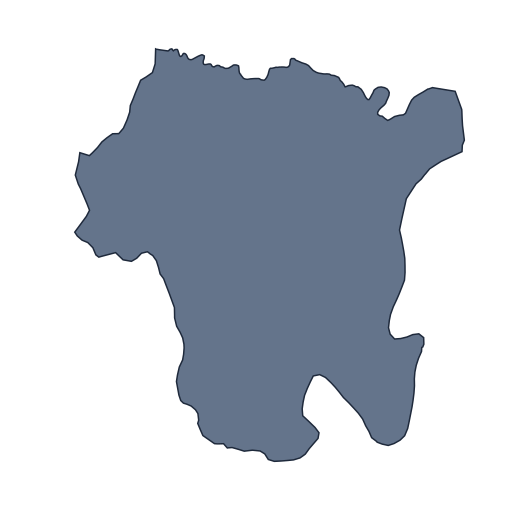 the district of Ash shaghadirah, Hajjah, Yemen, rotated 188°
{"feature_id": "15242507B87053046853902", "entity_name": "Ash shaghadirah", "entity_type": "district", "adm_level": 2, "iso_a3": "YEM", "parent_name": "Yemen", "parent_adm1": "Hajjah", "projection": "natural_earth1", "projection_center": [43.498, 15.607], "detail": "fine", "context": "isolated", "style": "filled", "palette": "slate", "viewbox_px": 512, "rotation_deg": 188, "n_neighbors": 0, "source": "geoboundaries", "source_scale": "gbopen_adm2", "svg_char_len": 4998}
<svg xmlns="http://www.w3.org/2000/svg" viewBox="0 0 512 512"><g transform="rotate(188 256 256)"><path d="M271.0,64.4L267.9,64.6L262.0,65.6L257.7,61.9L256.7,62.2L253.0,63.0L246.5,62.1L240.5,61.1L232.5,63.2L224.9,63.5L219.8,61.3L215.5,56.2L209.3,55.2L202.6,56.5L196.3,57.9L190.5,59.3L187.5,60.7L184.3,62.2L179.6,66.7L176.4,72.8L169.2,84.0L169.0,89.7L173.7,94.4L181.5,100.1L187.5,104.3L189.0,111.1L189.0,118.0L188.5,124.9L187.6,128.5L186.8,131.9L184.7,138.9L182.6,145.2L176.4,147.4L170.3,145.4L164.1,141.0L159.3,137.1L154.5,132.7L149.7,128.0L143.6,123.5L138.8,119.6L138.4,119.3L132.9,114.7L127.7,109.4L124.1,103.7L123.9,103.3L119.7,98.0L116.2,92.2L111.7,89.7L110.6,89.0L110.2,88.5L104.9,87.3L98.7,86.8L93.2,89.5L87.7,93.7L83.8,98.7L81.8,106.3L81.3,113.6L80.9,120.9L80.5,128.2L80.4,135.0L80.5,142.1L81.0,149.5L82.1,156.4L82.5,163.1L82.1,170.1L80.8,177.4L78.8,184.5L79.1,188.0L79.1,188.5L78.6,188.9L78.2,189.1L77.5,192.0L78.6,198.5L83.9,201.6L89.8,200.0L95.2,196.8L101.2,194.4L107.2,193.1L112.3,197.3L114.8,203.4L115.0,210.7L114.7,215.7L114.7,216.6L113.0,224.8L110.8,231.9L109.0,238.3L107.3,245.3L105.6,252.7L106.1,260.3L107.1,267.1L108.2,273.6L108.4,274.6L110.3,281.2L112.5,287.9L114.6,294.1L117.5,301.7L116.7,313.8L115.1,333.7L107.6,349.7L103.0,355.2L100.3,360.0L99.6,360.9L96.2,366.5L91.3,370.8L85.8,375.5L80.2,379.1L66.5,388.0L67.1,394.5L65.8,399.7L67.7,406.8L69.6,413.8L71.0,420.7L72.3,428.0L72.7,429.8L81.7,446.8L104.8,447.3L104.9,447.2L105.8,446.7L108.4,445.4L109.0,445.3L113.4,441.6L117.6,438.4L121.4,435.2L123.6,432.0L125.2,427.3L126.6,422.3L127.8,418.1L129.7,416.3L133.6,415.3L138.2,413.4L142.1,410.1L144.4,408.6L147.5,410.1L150.4,412.0L152.8,412.0L155.2,413.2L155.5,415.4L154.4,418.0L153.0,420.0L150.2,423.2L148.9,425.2L148.4,427.4L147.5,430.4L146.7,433.6L146.8,436.4L147.8,438.0L149.5,439.7L152.1,440.6L155.6,440.8L158.6,440.0L161.1,437.9L162.2,436.6L162.9,433.8L163.8,431.6L164.9,428.5L165.9,426.6L166.5,426.5L167.1,426.5L168.4,427.4L169.7,428.8L170.8,430.3L172.4,432.7L173.7,434.2L175.0,435.7L177.4,437.0L178.6,437.7L180.6,437.5L182.6,438.3L184.4,438.6L186.5,438.1L188.2,437.6L190.2,436.4L191.3,435.9L192.1,436.9L192.9,438.1L195.0,440.2L197.0,441.6L198.1,443.3L199.1,444.4L203.5,445.6L206.7,445.5L208.5,446.3L208.8,446.3L209.9,446.3L211.2,446.2L212.7,445.9L214.7,445.7L216.9,445.8L219.3,445.8L221.9,446.3L225.3,447.7L228.0,449.8L230.5,451.9L233.3,453.0L237.4,453.7L242.1,455.0L244.1,455.5L244.9,456.4L246.0,456.8L247.0,456.6L248.2,456.5L249.2,455.3L249.2,453.4L249.2,451.0L249.2,449.8L249.9,448.5L250.9,447.4L252.3,447.0L254.2,447.0L255.7,446.9L256.3,446.8L259.3,446.3L260.9,445.8L262.5,445.7L264.0,445.0L266.4,444.1L267.9,443.9L268.6,442.8L268.9,440.9L269.1,439.3L269.3,437.4L269.7,436.1L270.0,435.0L270.6,433.6L271.5,432.0L272.4,431.2L273.5,431.2L275.5,431.2L277.3,432.0L278.1,432.1L278.8,432.0L282.7,431.4L286.3,430.6L287.3,430.3L288.9,429.8L290.3,429.7L291.6,429.8L293.1,430.2L294.8,431.8L296.1,433.0L296.5,433.8L297.4,434.3L297.7,434.8L298.0,435.5L298.4,436.5L298.8,438.2L299.2,440.2L299.7,441.7L299.8,441.9L301.8,442.4L303.5,442.3L305.0,441.9L306.1,440.8L307.3,439.8L309.5,438.1L311.7,437.6L312.8,437.5L313.9,437.9L315.1,438.4L316.2,438.4L317.6,438.5L318.6,439.4L319.5,439.4L320.2,439.5L321.4,439.2L322.6,438.4L323.8,437.4L325.2,437.5L326.2,438.1L327.1,439.4L328.1,439.8L329.8,439.5L331.4,438.9L333.2,438.4L334.4,438.6L335.0,439.4L335.3,440.7L335.3,442.3L334.9,444.1L334.9,445.8L335.0,446.9L336.8,447.7L338.0,447.6L339.4,446.8L340.9,445.9L342.7,444.6L346.5,441.8L347.8,441.3L349.4,441.4L350.3,441.8L351.0,442.5L351.7,443.5L352.1,444.3L352.7,445.1L352.9,445.4L353.8,446.2L354.7,446.6L355.7,446.6L356.4,446.0L356.7,445.1L357.2,444.0L358.2,443.1L358.9,443.2L359.8,444.1L360.5,445.6L361.5,447.7L362.0,448.7L362.6,449.5L363.5,449.5L364.7,449.2L365.6,448.6L366.4,447.7L367.1,448.2L367.4,448.6L368.1,449.4L368.6,449.3L369.4,449.0L370.2,448.5L371.1,447.1L372.0,446.8L373.9,446.8L376.0,446.8L378.4,446.8L378.5,446.8L380.5,446.8L382.1,446.9L383.6,446.9L384.2,447.1L382.6,432.2L384.1,423.2L389.7,418.0L394.7,414.0L396.4,407.3L398.1,400.8L399.6,394.2L400.0,392.7L401.4,387.5L401.1,380.9L402.6,372.9L403.3,370.4L405.1,364.1L408.9,358.1L415.0,357.1L419.9,352.5L424.5,347.5L428.0,341.4L432.0,335.9L432.2,335.6L435.0,332.2L444.8,333.8L444.8,324.5L445.0,322.7L446.2,311.0L442.0,302.5L439.0,298.2L430.6,284.2L427.2,278.1L429.5,271.6L438.8,254.4L435.8,251.0L430.5,247.5L424.4,245.9L418.7,241.5L414.7,234.8L411.5,233.0L408.6,234.3L395.5,239.8L387.1,233.7L378.6,233.4L373.8,237.2L369.8,242.8L364.1,245.1L361.8,243.8L361.0,243.3L360.3,243.0L358.3,242.1L354.0,237.5L350.9,231.0L348.7,225.5L348.5,224.9L344.3,220.7L341.7,215.9L336.8,207.1L329.6,193.6L328.3,185.5L328.0,183.4L324.8,175.4L320.4,169.7L317.2,164.7L316.0,161.2L315.1,158.7L314.4,155.0L314.0,148.6L314.2,142.8L316.5,135.4L317.2,127.1L317.3,120.6L313.0,107.6L310.4,102.4L307.4,100.2L303.7,99.6L299.3,98.4L294.5,95.3L291.6,91.9L289.9,85.4L290.4,82.1L287.0,76.3L283.6,70.8L271.0,64.4Z" fill="#64748b" stroke="#1e293b" stroke-width="1.5"/></g></svg>